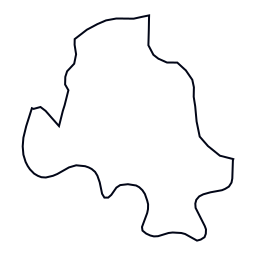 outline of Sudong, Hamgyŏng-namdo, North Korea
{"feature_id": "82179303B18733431209554", "entity_name": "Sudong", "entity_type": "district", "adm_level": 2, "iso_a3": "PRK", "parent_name": "North Korea", "parent_adm1": "Hamgyŏng-namdo", "projection": "mercator", "projection_center": [126.895, 39.37], "detail": "fine", "context": "isolated", "style": "outline", "palette": "ink", "viewbox_px": 256, "rotation_deg": 0, "n_neighbors": 0, "source": "geoboundaries", "source_scale": "gbopen_adm2", "svg_char_len": 1387}
<svg xmlns="http://www.w3.org/2000/svg" viewBox="0 0 256 256"><path d="M233.3,159.1L219.9,155.7L208.0,146.1L199.7,136.6L196.6,121.5L195.2,106.3L193.7,96.8L193.9,87.3L192.3,79.8L185.7,70.2L184.6,69.3L177.3,62.6L166.9,62.5L158.4,58.7L153.4,54.8L148.4,45.3L148.6,37.7L148.8,30.2L149.0,18.8L149.1,15.4L142.2,16.8L133.6,18.7L126.7,18.6L116.4,18.5L106.0,20.4L97.4,24.1L86.9,29.7L74.7,39.1L74.6,44.8L76.1,54.3L74.2,63.7L67.1,71.3L65.3,76.9L65.1,84.5L68.4,90.2L66.5,97.8L64.6,105.3L62.8,111.0L60.9,118.6L59.0,126.1L50.6,116.6L45.6,110.9L40.5,107.0L33.6,108.9L31.9,108.2L26.2,126.2L23.4,137.7L22.7,146.4L23.4,154.7L25.6,161.9L27.7,166.0L30.0,169.4L30.1,169.5L34.1,173.6L37.8,175.8L41.4,177.2L45.8,177.5L53.0,175.8L57.3,174.0L69.0,167.4L76.2,165.3L85.1,166.2L88.6,167.4L91.7,169.0L95.1,171.9L97.4,175.7L99.7,182.3L102.1,193.8L104.4,197.6L108.2,197.6L111.3,194.9L116.4,187.6L120.2,185.1L127.9,184.2L136.1,185.5L139.2,187.2L142.4,190.2L144.9,194.0L147.2,200.6L148.1,204.3L148.0,209.1L147.2,213.0L142.0,227.0L142.5,230.6L146.2,233.6L150.3,235.5L153.9,236.4L158.0,236.2L168.5,233.0L172.6,232.5L181.3,233.0L185.1,234.0L197.0,240.6L200.7,239.6L204.5,237.2L205.8,233.8L206.0,229.4L204.8,226.1L195.6,207.9L195.3,203.6L196.3,199.8L199.2,196.4L203.3,194.3L210.5,192.3L222.0,190.2L225.1,188.9L228.9,186.6L231.5,182.6L232.3,178.5L232.9,160.5L233.3,159.1Z" fill="none" stroke="#020617" stroke-width="2"/></svg>